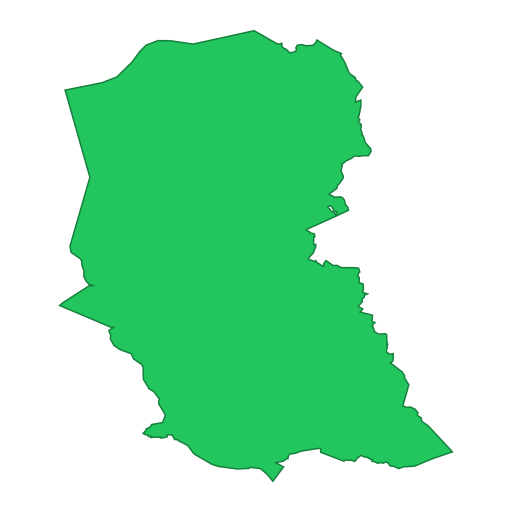 Athlone Lea-5, Westmeath, Ireland
{"feature_id": "5873133B82984950591493", "entity_name": "Athlone Lea-5", "entity_type": "district", "adm_level": 2, "iso_a3": "IRL", "parent_name": "Ireland", "parent_adm1": "Westmeath", "projection": "natural_earth1", "projection_center": [-7.834, 53.445], "detail": "fine", "context": "isolated", "style": "filled", "palette": "green", "viewbox_px": 512, "rotation_deg": 0, "n_neighbors": 0, "source": "geoboundaries", "source_scale": "gbopen_adm2", "svg_char_len": 3392}
<svg xmlns="http://www.w3.org/2000/svg" viewBox="0 0 512 512"><path d="M452.4,451.9L427.9,425.5L422.1,421.7L421.0,417.6L417.6,415.7L417.3,413.8L418.0,412.9L415.2,409.3L410.2,406.9L407.2,407.5L402.8,405.9L408.8,384.8L404.4,377.7L404.7,375.9L402.1,371.9L390.4,362.9L392.8,361.1L393.3,359.5L393.1,353.6L390.2,354.2L386.9,352.5L386.3,350.1L387.4,347.6L386.9,345.6L387.7,344.9L386.5,344.1L387.5,342.8L386.8,340.8L386.7,334.5L385.1,333.7L379.1,334.2L375.0,332.2L373.0,327.0L371.8,325.9L375.0,322.5L372.6,321.8L372.0,320.8L372.5,315.2L360.1,312.1L362.8,309.0L358.1,306.5L362.3,301.7L362.2,299.1L364.3,297.0L364.2,295.3L367.4,293.9L364.0,292.9L362.5,291.4L363.5,289.1L363.1,284.0L359.2,282.7L359.2,277.3L357.8,276.2L358.6,272.8L359.8,272.0L358.6,268.2L355.5,267.7L341.1,267.6L337.1,265.4L333.1,265.5L326.1,260.6L323.9,263.2L323.6,266.3L323.1,266.2L316.7,262.4L315.9,260.6L315.0,261.5L308.7,259.4L308.9,257.6L313.2,253.0L314.8,249.2L314.5,248.0L315.5,247.7L315.8,244.4L313.7,244.8L313.6,244.4L313.7,237.0L314.8,236.9L314.4,233.8L310.3,233.0L309.2,231.4L306.9,230.7L306.1,229.6L336.3,216.0L334.0,212.2L331.0,211.3L330.1,209.2L328.0,207.8L327.6,207.0L329.7,205.9L330.4,205.7L332.1,206.9L333.7,210.5L336.8,211.8L336.1,213.5L336.9,215.7L348.5,210.3L347.8,207.3L345.4,204.4L344.5,200.2L342.2,197.5L340.4,196.9L334.7,197.2L328.9,194.1L336.8,188.5L337.8,184.8L339.2,183.9L342.8,178.7L343.4,176.4L341.0,170.9L342.2,165.8L341.5,164.9L346.2,160.8L350.9,158.7L354.9,155.8L359.0,156.4L362.2,155.7L368.5,155.7L371.1,151.1L370.6,148.6L365.3,142.6L363.3,136.1L361.7,134.7L362.2,133.5L360.7,129.2L361.4,124.9L358.6,121.7L358.6,120.7L359.8,119.9L358.0,117.1L359.0,115.9L360.9,105.8L360.9,100.0L355.5,102.2L355.8,97.1L362.7,87.1L357.8,81.1L356.2,80.6L355.2,77.5L349.4,73.5L344.6,62.0L340.2,54.7L341.5,53.6L333.4,50.2L316.9,40.0L316.2,41.9L313.0,45.3L306.1,45.8L301.7,44.6L297.2,45.3L295.8,48.0L296.7,49.6L295.8,51.0L292.8,52.4L289.8,52.8L285.9,49.0L284.2,48.6L282.1,46.8L281.7,43.3L279.1,44.2L276.6,43.5L254.1,30.7L193.1,44.1L170.2,40.7L158.0,40.6L146.2,45.1L140.1,51.1L131.9,62.2L116.8,77.0L102.1,82.7L65.1,90.1L89.9,177.3L70.0,246.1L71.0,252.3L80.2,258.7L81.7,260.9L81.9,264.9L84.1,271.5L83.7,276.1L86.1,281.1L89.4,284.7L94.1,285.6L88.6,286.1L62.9,302.7L59.6,305.5L111.8,327.6L114.4,326.9L109.4,330.0L108.9,330.9L110.7,335.2L110.3,338.8L113.9,345.4L119.8,349.5L131.3,353.8L133.6,358.9L142.0,364.7L143.1,367.5L143.4,379.3L149.2,389.0L153.7,391.5L159.3,398.9L158.6,403.7L164.6,413.5L165.3,415.8L162.5,422.6L151.7,424.5L150.1,427.0L146.2,429.0L145.6,430.7L143.1,433.5L145.9,434.8L147.8,434.8L148.4,436.5L151.2,436.3L150.8,437.5L156.6,437.0L158.2,437.5L160.2,437.0L160.5,437.9L161.5,438.1L167.2,436.8L166.8,436.0L168.0,434.6L172.4,435.1L174.6,439.5L177.8,439.6L178.0,440.5L187.6,445.4L194.1,454.0L211.9,464.3L218.6,466.5L237.7,469.0L248.7,468.4L250.2,467.4L259.5,468.4L261.4,469.3L267.2,474.4L272.9,481.3L283.5,466.9L275.8,462.7L283.5,461.1L286.7,458.7L288.0,458.6L288.4,455.7L289.5,454.2L295.2,453.3L301.2,451.1L317.9,448.5L320.6,448.4L320.7,452.3L344.0,461.2L344.7,460.1L351.1,460.3L355.1,461.3L356.8,458.7L361.2,455.2L363.5,456.7L367.4,457.4L368.7,458.3L369.3,458.0L370.4,459.4L372.2,459.6L371.9,461.2L375.1,461.9L377.7,463.3L380.6,462.6L383.3,463.2L385.9,462.0L387.2,462.2L390.5,466.1L393.4,466.1L398.7,468.6L403.4,466.8L414.5,466.2L432.5,458.7L452.4,451.9Z" fill="#22c55e" stroke="#15803d" stroke-width="1.5"/></svg>